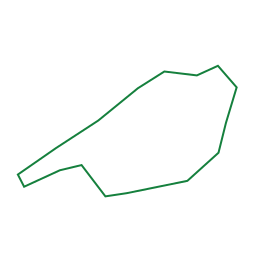 the border of Lapu-Lapu, rotated 194°
{"feature_id": "PHL-5524", "entity_name": "Lapu-Lapu", "entity_type": "Highly Urbanized City", "adm_level": 1, "iso_a3": "PHL", "parent_name": "Philippines", "parent_adm1": "", "projection": "robinson", "projection_center": [123.984, 10.288], "detail": "fine", "context": "isolated", "style": "outline", "palette": "green", "viewbox_px": 256, "rotation_deg": 194, "n_neighbors": 0, "source": "natural_earth", "source_scale": "10m", "svg_char_len": 355}
<svg xmlns="http://www.w3.org/2000/svg" viewBox="0 0 256 256"><g transform="rotate(194 128 128)"><path d="M133.4,56.2L164.1,80.8L183.9,70.5L214.6,45.9L223.6,56.2L193.0,91.1L158.7,128.0L128.0,169.0L106.4,191.6L73.9,195.7L55.8,210.1L32.4,193.7L34.2,156.7L34.2,125.9L57.6,91.1L113.6,64.4L133.4,56.2Z" fill="none" stroke="#15803d" stroke-width="2"/></g></svg>